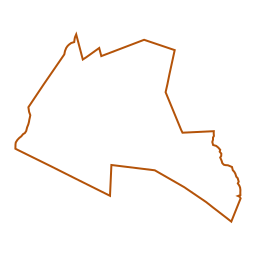 Lagoa do Sítio, Piauí, Brazil (Robinson projection)
{"feature_id": "56859067B39211727142740", "entity_name": "Lagoa do Sítio", "entity_type": "district", "adm_level": 2, "iso_a3": "BRA", "parent_name": "Brazil", "parent_adm1": "Piauí", "projection": "robinson", "projection_center": [-41.451, -6.495], "detail": "fine", "context": "isolated", "style": "outline", "palette": "amber", "viewbox_px": 256, "rotation_deg": 0, "n_neighbors": 0, "source": "geoboundaries", "source_scale": "gbopen_adm2", "svg_char_len": 1115}
<svg xmlns="http://www.w3.org/2000/svg" viewBox="0 0 256 256"><path d="M110.0,195.8L111.4,165.0L154.8,170.3L184.1,187.1L206.2,202.1L212.9,207.4L231.3,221.6L240.6,198.4L239.8,196.8L238.0,196.0L240.4,195.1L240.3,192.9L240.4,190.0L240.1,187.6L239.3,185.6L237.8,183.4L238.7,181.7L237.7,178.2L236.3,176.7L235.3,173.6L234.2,171.7L232.8,170.2L232.0,167.0L228.0,165.3L225.3,165.1L223.8,164.7L222.3,163.1L221.6,160.7L220.2,157.5L221.2,156.0L221.3,153.6L219.7,151.7L220.2,149.8L218.3,147.6L216.2,145.9L213.1,145.0L212.3,142.0L213.0,139.7L213.0,137.5L213.9,136.0L213.7,133.1L213.8,131.2L182.5,132.7L181.1,129.8L165.6,92.2L167.4,84.3L169.3,74.9L174.7,50.1L172.3,49.3L144.1,39.8L101.3,56.1L99.2,48.0L86.2,57.3L82.8,59.5L76.2,34.4L75.0,37.2L74.6,39.0L74.2,42.1L71.2,43.0L68.9,44.7L67.5,46.1L66.2,48.0L65.0,51.0L64.3,54.4L43.8,84.2L28.4,107.2L28.7,109.3L29.1,111.9L30.3,115.2L29.8,117.7L29.3,119.8L29.0,121.8L28.3,124.4L27.1,127.4L26.2,131.0L24.9,133.0L23.0,134.2L21.3,136.3L19.3,137.9L17.4,139.9L15.8,142.4L15.5,144.3L15.4,148.7L17.7,149.9L51.4,166.5L75.9,178.8L110.0,195.8Z" fill="none" stroke="#b45309" stroke-width="2"/></svg>